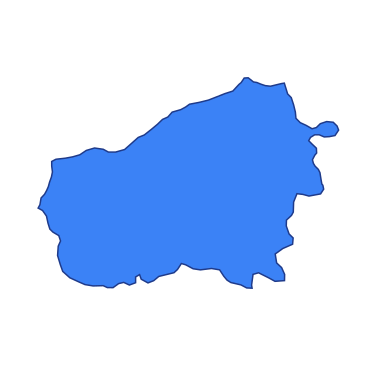 Bräcke, Jämtland, Sweden (Mercator projection), rotated 171°
{"feature_id": "70781695B53803129879670", "entity_name": "Bräcke", "entity_type": "district", "adm_level": 2, "iso_a3": "SWE", "parent_name": "Sweden", "parent_adm1": "Jämtland", "projection": "mercator", "projection_center": [15.509, 62.864], "detail": "fine", "context": "isolated", "style": "filled", "palette": "blue", "viewbox_px": 384, "rotation_deg": 171, "n_neighbors": 0, "source": "geoboundaries", "source_scale": "gbopen_adm2", "svg_char_len": 1891}
<svg xmlns="http://www.w3.org/2000/svg" viewBox="0 0 384 384"><g transform="rotate(171 192 192)"><path d="M83.8,285.1L86.6,285.1L97.9,284.2L103.0,285.6L107.2,287.8L110.8,290.0L114.1,291.1L118.6,296.0L122.6,296.4L126.3,292.4L128.8,290.9L135.9,285.3L144.3,284.0L153.2,282.0L161.4,280.2L170.9,279.4L180.7,279.1L185.1,276.9L190.2,275.1L199.1,274.0L204.2,269.8L209.8,268.3L215.5,264.3L222.2,260.3L230.2,255.8L236.6,254.3L251.9,244.5L261.2,243.4L268.3,244.5L273.0,248.1L281.4,250.7L289.9,249.6L297.0,246.3L304.3,245.4L311.8,245.2L320.3,245.6L321.4,245.6L325.8,244.1L326.5,239.6L326.7,233.6L328.5,228.8L331.1,224.1L333.1,219.7L335.3,216.3L338.0,212.8L342.0,209.7L344.2,203.2L346.5,200.2L342.5,197.1L339.5,191.0L339.1,183.7L338.2,177.6L335.6,174.1L330.4,169.8L329.5,164.2L332.6,159.4L334.7,150.3L333.4,140.7L332.1,133.8L326.1,126.4L318.3,121.2L312.2,117.3L304.4,114.7L294.4,113.4L290.5,110.8L284.9,109.9L278.8,113.0L273.6,113.4L268.4,109.9L261.9,111.2L261.0,116.9L256.7,118.6L255.8,113.8L249.7,109.1L243.7,110.4L238.0,113.8L222.4,115.1L218.5,117.7L213.7,123.0L209.8,121.2L202.9,116.0L195.9,113.8L184.7,113.4L176.9,110.8L173.8,103.9L171.2,99.5L167.8,96.5L158.2,92.6L153.0,88.7L147.7,87.6L147.7,90.8L144.6,101.1L138.9,101.8L129.8,95.3L124.0,90.8L114.5,90.0L113.4,96.1L115.3,103.3L119.5,108.7L119.5,117.8L111.1,122.0L100.8,124.7L99.3,130.8L102.7,135.4L104.2,143.7L103.1,149.5L97.4,153.3L95.1,156.3L93.2,166.2L88.6,173.9L82.9,172.3L77.1,169.7L65.3,170.0L61.5,174.2L61.7,178.2L62.5,179.6L62.6,184.1L62.6,191.1L63.7,194.6L66.4,198.3L67.6,201.2L68.0,205.0L65.0,209.1L62.8,211.0L62.3,215.8L66.1,220.8L68.7,224.4L66.4,227.4L61.9,229.3L57.4,228.6L52.8,225.7L47.6,225.2L41.9,225.4L37.5,230.2L38.4,234.5L41.6,238.8L48.0,240.5L54.6,239.4L59.1,236.2L63.5,235.7L68.9,240.0L74.3,243.6L77.8,248.5L77.4,254.8L78.0,262.2L79.2,269.7L82.2,273.9L83.8,285.1Z" fill="#3b82f6" stroke="#1e3a8a" stroke-width="1.5"/></g></svg>